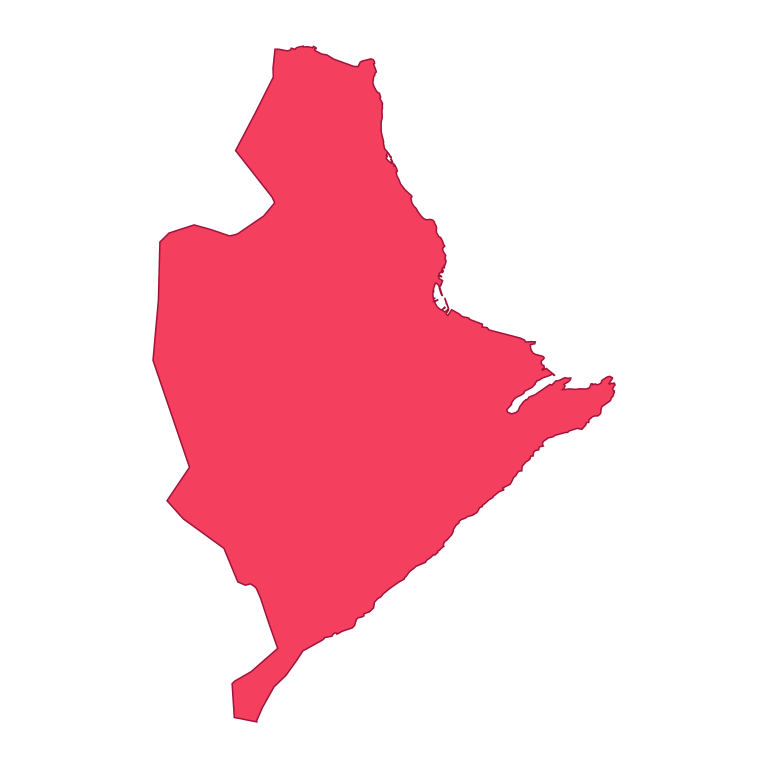 the district of Hareid nor, Møre og Romsdal, Norway
{"feature_id": "86288312B50264654015152", "entity_name": "Hareid nor", "entity_type": "district", "adm_level": 2, "iso_a3": "NOR", "parent_name": "Norway", "parent_adm1": "Møre og Romsdal", "projection": "orthographic", "projection_center": [6.014, 62.352], "detail": "fine", "context": "isolated", "style": "filled", "palette": "rose", "viewbox_px": 768, "rotation_deg": 0, "n_neighbors": 0, "source": "geoboundaries", "source_scale": "gbopen_adm2", "svg_char_len": 6087}
<svg xmlns="http://www.w3.org/2000/svg" viewBox="0 0 768 768"><path d="M256.8,721.9L256.8,720.4L262.4,707.6L273.9,687.0L286.1,675.2L296.2,661.1L302.9,650.9L322.0,640.3L324.3,638.5L324.6,637.5L331.8,636.3L333.3,633.9L335.1,632.9L336.3,633.1L337.0,634.2L342.1,631.3L352.3,627.9L354.7,625.3L355.4,622.6L356.5,619.5L357.9,617.9L362.1,616.9L363.9,615.9L363.8,613.8L369.4,611.9L373.6,607.9L374.5,602.1L377.8,598.6L380.9,596.8L383.2,593.9L389.2,588.9L399.1,581.9L404.1,579.2L404.8,577.5L406.0,576.5L409.6,571.5L414.4,567.9L415.8,566.4L425.3,562.4L426.8,560.1L430.5,557.7L433.0,555.1L435.4,554.8L436.1,553.7L437.8,552.5L437.6,551.3L439.5,550.3L441.0,548.5L443.9,546.2L443.5,545.8L443.5,544.6L443.9,543.1L444.9,541.5L447.0,540.0L451.8,534.5L453.2,531.7L453.5,529.2L456.3,524.9L458.7,523.2L459.7,520.8L461.2,519.6L465.3,518.2L467.5,516.6L472.6,515.2L476.3,512.9L477.4,511.9L479.7,507.7L482.4,506.5L482.8,505.0L485.7,502.9L488.7,500.0L492.8,497.6L493.4,496.3L499.1,491.7L503.6,490.0L503.7,489.4L502.8,489.5L502.9,487.9L510.0,484.3L511.1,482.7L513.8,477.2L515.6,475.9L518.0,471.9L519.5,471.0L521.8,470.9L522.2,466.1L526.2,461.7L528.5,460.4L530.2,458.6L530.7,456.1L533.1,456.0L533.5,452.4L535.2,450.6L538.7,449.8L539.2,447.4L539.8,446.8L543.3,446.0L542.7,444.9L542.6,442.5L544.3,440.6L546.6,439.3L547.7,438.1L553.6,436.6L554.7,435.4L565.3,432.5L567.7,432.4L568.8,431.1L577.0,428.4L581.9,429.3L585.8,425.0L586.3,422.6L588.7,422.5L589.0,419.8L592.5,416.7L595.1,415.9L597.1,416.0L598.5,415.4L600.3,413.8L600.7,413.0L601.3,408.0L602.0,406.5L610.0,401.0L610.6,400.3L611.3,397.8L612.8,396.5L613.5,394.8L613.5,394.0L614.4,392.4L614.1,391.3L614.3,390.9L613.3,390.7L612.7,389.1L612.8,388.3L614.0,386.2L615.0,385.2L615.0,384.8L614.4,384.1L614.6,383.3L614.2,383.0L612.5,383.6L611.7,383.2L609.6,384.2L609.4,384.0L609.8,383.6L609.2,383.8L609.0,383.4L612.6,378.2L612.5,377.8L609.7,376.3L607.2,377.0L604.2,378.8L601.6,380.7L601.4,382.0L600.8,383.2L599.1,384.2L597.0,384.8L595.2,383.9L592.7,384.7L592.6,383.9L591.1,383.8L589.6,387.6L586.4,389.0L579.5,388.8L575.6,389.4L569.9,388.9L562.6,389.6L563.9,388.2L565.1,386.0L564.0,384.3L568.2,381.9L570.4,379.8L570.8,378.1L567.2,378.2L564.8,377.7L559.0,380.5L555.9,380.9L551.8,385.1L550.0,384.4L534.8,394.9L529.1,397.0L527.5,399.3L526.4,399.9L526.0,399.6L523.5,401.7L519.8,406.7L518.0,410.9L515.6,412.7L511.4,413.8L507.6,412.2L506.8,409.7L511.7,404.3L511.3,403.2L514.2,399.1L516.4,397.3L520.9,395.2L523.7,393.3L524.8,391.1L531.8,387.5L535.1,384.2L535.3,382.8L536.5,381.8L537.0,380.6L538.8,380.4L542.5,378.0L550.0,375.4L552.4,374.0L554.0,375.5L554.5,375.1L546.4,368.5L542.5,370.1L542.3,369.1L544.0,368.3L544.2,367.5L543.8,365.4L542.1,364.9L541.3,363.6L541.6,363.2L541.2,362.3L541.4,361.1L544.1,358.4L544.0,357.3L542.5,356.2L535.5,354.4L533.1,353.1L531.3,350.3L530.7,348.5L530.3,344.6L534.7,343.8L535.3,341.9L530.8,341.6L525.8,342.1L524.4,340.0L520.3,338.1L489.1,330.0L487.1,327.6L482.1,327.0L482.4,324.2L469.6,319.4L469.3,318.5L467.9,317.7L463.7,317.0L461.7,316.2L459.0,313.8L451.6,309.7L447.9,315.4L446.6,314.7L446.2,313.6L448.4,310.3L448.6,308.3L445.0,298.6L444.8,298.8L446.4,303.0L446.1,303.2L446.4,303.8L446.7,303.7L448.1,307.8L448.2,308.3L447.9,309.3L444.9,312.0L442.2,310.0L443.9,308.3L444.5,308.4L445.1,307.7L444.6,307.2L442.3,309.6L440.5,309.6L437.1,306.8L434.5,302.1L434.9,301.9L434.6,301.5L437.7,300.2L437.6,299.8L434.3,301.1L434.1,300.6L433.7,300.8L433.9,300.3L433.4,298.6L435.4,298.1L433.3,298.3L432.9,294.9L433.1,291.6L433.6,291.7L433.7,291.1L433.2,291.0L433.5,289.1L435.0,284.1L435.7,283.1L437.1,283.8L438.6,285.3L439.8,288.9L439.5,289.0L439.7,289.6L440.0,289.5L440.5,290.9L440.2,291.0L440.4,291.7L440.7,291.6L441.2,292.9L440.8,293.1L441.0,293.7L441.4,293.6L441.9,295.4L442.3,295.4L439.8,287.6L440.0,286.5L440.6,285.3L440.9,285.4L442.6,280.6L439.0,278.6L439.0,277.3L438.2,276.5L438.8,276.1L438.7,275.7L438.9,275.5L441.3,276.9L441.5,276.6L440.9,276.2L441.6,276.3L438.8,274.7L438.8,274.4L440.0,272.5L441.4,273.0L440.8,272.5L442.2,270.0L442.8,270.3L443.0,271.0L442.7,271.9L442.0,272.8L442.8,272.4L443.2,271.3L443.2,270.3L441.9,269.2L442.8,267.6L444.0,268.1L444.3,267.7L444.5,267.0L444.0,266.4L444.1,265.5L444.8,265.4L445.8,262.7L446.0,260.2L445.2,259.9L445.0,258.7L445.7,255.3L443.3,251.7L442.6,249.0L443.6,247.0L444.7,246.6L444.5,245.5L443.5,244.3L442.5,240.9L440.6,237.5L438.9,236.8L436.6,232.8L436.3,230.3L436.6,228.1L436.1,225.9L434.5,223.1L434.6,222.4L433.4,220.6L432.0,219.8L430.1,219.4L426.6,219.8L424.6,219.1L422.5,217.5L420.8,215.6L417.5,211.1L417.2,210.1L415.4,207.5L414.3,206.8L411.9,203.0L410.9,197.9L411.9,196.9L411.7,195.9L405.2,190.0L400.5,183.9L399.0,179.8L397.0,176.1L396.1,172.1L397.3,171.4L396.9,169.3L395.1,165.6L394.0,166.1L393.9,165.5L394.4,165.1L393.9,164.0L391.9,163.4L392.7,162.2L391.3,159.1L390.8,159.3L391.8,161.8L391.7,162.3L390.8,162.7L388.5,161.0L386.9,159.3L386.4,158.3L386.4,157.2L387.3,156.7L387.4,156.1L386.5,155.6L386.9,153.9L387.9,153.4L389.0,154.6L390.1,156.8L391.2,157.5L391.3,157.1L390.1,156.0L389.3,154.4L388.2,152.9L387.3,153.0L387.3,152.1L386.6,150.8L385.1,149.6L384.3,147.5L383.5,143.3L383.6,141.6L381.2,131.8L381.1,124.2L381.4,120.8L382.2,118.1L382.0,109.5L382.5,108.5L382.3,106.8L382.5,103.3L379.9,98.4L380.7,97.2L379.4,93.2L377.5,92.3L376.2,90.6L373.9,86.2L372.8,83.0L373.7,76.5L374.7,75.6L375.0,73.2L376.3,72.1L376.0,70.6L373.6,64.1L374.6,63.5L374.3,61.3L372.9,59.4L370.7,58.9L361.7,61.2L360.0,62.5L358.1,66.5L353.8,66.4L333.7,59.1L326.8,54.9L321.6,54.0L314.9,50.5L314.6,49.2L316.2,48.6L316.0,47.7L313.5,46.4L312.4,47.6L307.4,46.7L303.6,47.0L303.2,46.1L297.6,47.3L296.0,48.1L295.5,49.1L294.3,49.3L293.9,48.8L291.2,48.2L290.4,50.1L287.0,50.8L278.7,49.2L275.0,49.2L273.0,68.4L273.3,77.1L255.8,112.0L235.6,150.6L272.0,197.0L274.7,202.8L263.7,216.0L238.3,233.4L235.5,234.6L229.5,235.9L211.0,229.6L194.1,224.9L169.1,233.0L159.9,242.0L158.4,300.3L153.0,360.3L189.5,467.3L167.0,500.7L183.2,518.8L223.9,548.3L237.8,581.9L245.3,585.2L250.5,583.9L254.7,586.6L256.5,588.7L260.6,598.3L268.8,623.1L277.7,648.4L251.2,671.6L234.7,681.1L232.1,683.7L234.3,717.5L256.8,721.9Z" fill="#f43f5e" stroke="#9f1239" stroke-width="1.5"/></svg>